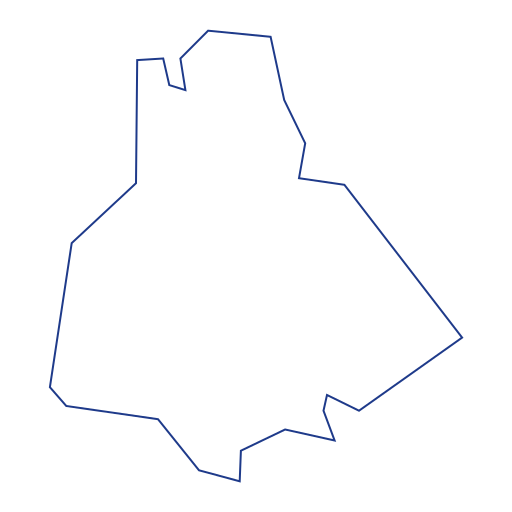 Mvolo, Western Equatoria, South Sudan
{"feature_id": "79223893B56262288593012", "entity_name": "Mvolo", "entity_type": "district", "adm_level": 2, "iso_a3": "SSD", "parent_name": "South Sudan", "parent_adm1": "Western Equatoria", "projection": "equal_earth", "projection_center": [30.037, 5.951], "detail": "fine", "context": "isolated", "style": "outline", "palette": "blue", "viewbox_px": 512, "rotation_deg": 0, "n_neighbors": 0, "source": "geoboundaries", "source_scale": "gbopen_adm2", "svg_char_len": 429}
<svg xmlns="http://www.w3.org/2000/svg" viewBox="0 0 512 512"><path d="M344.4,184.8L299.0,178.2L305.2,143.3L284.2,100.0L270.6,36.8L208.1,30.7L180.4,58.5L185.4,90.1L169.3,85.1L163.2,58.5L137.2,60.1L136.0,183.2L71.7,243.1L49.9,387.2L66.3,406.0L158.0,419.2L199.0,470.3L239.7,481.3L240.9,450.7L285.1,429.5L334.6,440.5L323.5,410.7L327.0,395.0L359.0,410.7L462.1,337.6L344.4,184.8Z" fill="none" stroke="#1e3a8a" stroke-width="2"/></svg>